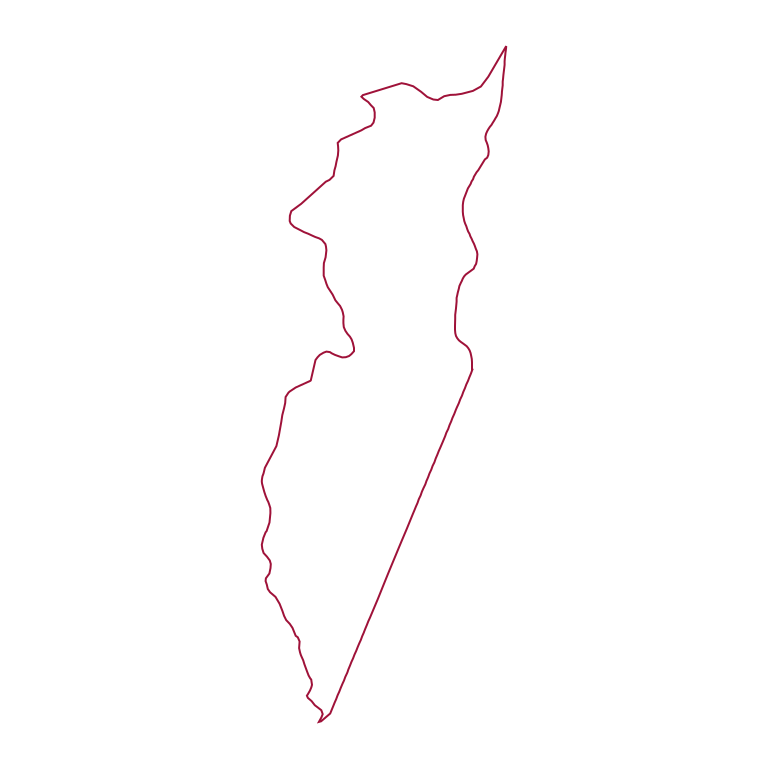 Bayanga, Sangha-Mbaéré, Central African Republic
{"feature_id": "33826404B5322507148284", "entity_name": "Bayanga", "entity_type": "district", "adm_level": 2, "iso_a3": "CAF", "parent_name": "Central African Republic", "parent_adm1": "Sangha-Mbaéré", "projection": "robinson", "projection_center": [16.329, 2.823], "detail": "fine", "context": "isolated", "style": "outline", "palette": "rose", "viewbox_px": 768, "rotation_deg": 0, "n_neighbors": 0, "source": "geoboundaries", "source_scale": "gbopen_adm2", "svg_char_len": 4736}
<svg xmlns="http://www.w3.org/2000/svg" viewBox="0 0 768 768"><path d="M264.9,467.8L264.0,471.5L263.5,473.5L262.9,475.1L262.5,476.1L262.3,477.1L261.9,479.7L261.8,481.3L261.9,482.5L262.1,483.8L263.2,487.9L263.8,490.1L264.4,492.2L265.7,496.1L267.0,499.3L267.4,500.3L268.1,501.5L269.1,504.2L270.3,508.0L270.4,511.9L270.4,513.2L269.5,522.5L266.6,531.1L265.6,532.3L263.4,537.8L261.8,544.7L262.3,548.8L263.6,553.0L267.0,556.7L269.8,560.5L270.8,564.0L270.5,568.1L269.4,573.5L265.9,578.3L265.6,581.1L266.8,584.6L267.8,589.0L270.1,592.3L275.5,596.9L279.6,603.8L282.4,610.9L284.1,615.9L284.6,616.9L286.2,620.1L289.8,623.9L292.5,627.9L293.8,631.1L295.7,635.8L297.8,637.3L299.6,641.5L299.1,648.1L300.0,652.3L300.7,654.6L301.3,656.1L303.2,660.3L304.4,664.2L307.1,671.6L308.6,675.5L310.3,678.5L311.2,679.5L312.0,684.8L311.8,685.6L311.7,686.0L311.3,687.4L310.0,690.5L308.0,694.0L306.9,695.7L307.9,697.9L311.6,701.1L314.8,705.2L321.3,710.2L322.7,714.1L321.4,717.4L318.9,721.9L320.7,721.4L321.1,721.3L330.2,713.5L333.6,705.2L334.6,702.7L336.2,699.1L337.6,695.3L339.3,691.6L340.7,688.0L342.3,684.2L342.6,683.5L343.4,681.8L344.0,680.5L345.3,676.9L347.1,673.1L347.8,671.3L347.9,670.8L348.4,669.4L350.0,665.6L351.4,662.0L353.1,658.3L354.5,654.6L356.2,650.9L357.6,647.3L359.2,643.5L360.9,639.8L362.2,636.2L363.9,632.4L364.0,632.0L365.3,628.7L366.9,624.9L368.3,621.3L370.0,617.6L371.3,614.5L377.8,599.1L383.8,584.2L388.3,573.1L394.4,558.4L395.9,554.8L399.0,547.3L402.1,539.9L406.8,528.8L412.8,514.1L414.4,510.3L415.9,506.6L417.5,503.0L418.8,499.2L420.6,495.5L421.9,491.7L423.5,488.1L425.3,484.4L426.6,480.6L427.1,479.6L428.2,477.0L429.5,473.4L431.3,469.6L432.6,465.9L434.4,462.3L435.7,458.5L437.3,454.8L438.7,451.2L440.4,447.4L442.8,441.8L445.1,436.3L446.4,432.6L448.2,429.0L449.5,425.2L451.0,421.8L451.1,421.6L452.5,417.8L454.2,414.1L455.6,410.5L455.6,410.4L456.5,408.3L457.2,406.7L457.4,406.3L458.9,403.0L460.2,399.4L462.0,395.6L463.3,391.9L464.9,388.3L466.3,384.5L468.0,380.9L469.4,377.2L470.3,375.1L471.0,373.4L472.3,369.8L472.0,369.8L472.0,366.1L472.0,362.3L471.8,359.0L471.2,355.9L470.6,353.1L469.7,350.6L468.3,348.2L466.7,346.2L464.7,344.7L462.8,343.3L460.8,341.9L458.9,340.3L457.3,338.3L456.0,336.0L455.3,333.2L455.0,329.8L455.0,326.0L455.2,318.5L455.2,314.9L455.6,311.6L456.0,308.3L456.3,304.9L456.6,301.6L456.6,297.9L457.3,294.9L457.8,292.5L458.8,288.8L459.4,286.0L461.0,282.5L461.7,281.2L462.8,278.6L464.1,276.4L465.8,274.5L473.7,268.7L474.7,266.2L476.1,263.9L476.7,261.0L477.1,257.7L477.4,254.3L476.9,251.3L475.8,248.7L474.9,246.1L473.9,243.6L472.7,241.3L471.6,238.7L470.4,236.4L469.5,233.8L468.2,231.6L467.2,229.0L466.3,226.2L465.2,223.7L464.3,221.1L463.7,218.0L463.1,215.1L462.8,211.8L462.8,208.0L462.8,205.1L463.2,201.8L463.9,198.7L464.9,196.2L465.9,193.6L466.9,191.0L467.9,188.4L469.2,186.3L470.6,184.0L471.6,181.4L473.0,179.3L473.9,176.8L473.9,176.7L475.3,174.4L476.6,172.2L478.2,170.3L479.5,168.2L480.9,165.9L482.2,163.8L483.6,161.5L484.9,159.4L486.9,157.9L487.2,157.6L488.3,155.0L488.7,151.5L488.3,148.2L487.7,145.3L486.8,142.7L486.3,141.5L485.7,140.1L485.4,136.8L486.1,133.7L487.2,131.2L488.5,128.9L489.9,126.8L491.5,124.9L492.6,123.0L492.8,122.7L494.2,120.5L495.5,118.2L496.8,116.1L497.9,113.5L498.8,111.0L499.5,107.9L500.2,105.0L500.9,102.0L501.3,98.7L501.7,95.3L501.9,92.8L501.9,92.0L502.3,88.6L502.7,85.3L502.7,81.6L503.1,78.3L503.4,75.0L503.8,71.6L504.2,68.3L504.6,64.9L504.6,61.3L504.9,57.9L505.3,54.6L505.5,52.4L505.7,51.3L506.1,47.9L506.2,46.1L488.3,76.7L480.9,86.5L472.9,90.9L461.8,93.8L455.7,94.7L450.4,94.9L444.2,96.2L437.9,100.0L433.3,99.5L427.2,96.9L421.1,91.8L413.3,86.3L406.3,84.1L401.6,83.2L362.9,95.1L361.4,96.7L363.7,98.9L368.2,102.0L371.0,105.3L373.7,108.0L374.7,112.4L374.7,117.7L373.5,122.6L371.1,125.7L365.1,128.1L361.4,130.3L341.1,139.4L337.7,142.9L338.1,146.5L338.3,150.4L337.9,155.5L336.4,162.0L335.6,166.2L334.4,170.4L333.6,175.9L329.5,179.9L325.8,181.7L301.2,203.8L291.3,211.1L289.9,215.7L289.7,221.0L290.7,223.5L294.2,227.0L297.3,228.6L301.2,230.6L304.0,232.1L308.1,233.7L312.4,235.7L315.3,237.0L319.0,238.3L321.9,239.9L325.4,244.1L326.0,246.7L326.4,250.3L325.6,257.3L323.9,263.1L323.7,267.5L323.7,275.7L325.2,279.9L326.4,283.7L327.8,287.2L332.7,294.7L335.4,300.3L337.9,303.4L340.1,306.0L342.0,309.8L342.8,312.4L343.6,316.4L343.4,319.7L343.4,323.1L343.8,327.1L345.4,330.8L347.5,333.9L349.9,336.6L351.6,339.4L352.8,342.8L354.0,347.9L354.0,351.2L351.4,354.1L349.1,356.0L345.8,357.2L342.2,357.4L338.9,356.3L335.0,354.9L331.9,353.4L329.9,352.1L326.4,351.6L323.5,352.7L319.8,354.9L317.6,357.2L315.5,360.0L310.8,380.4L310.4,380.8L295.7,387.5L289.7,391.5L288.5,392.6L285.6,397.0L285.2,403.0L284.0,408.5L282.3,415.1L281.3,421.8L278.9,435.3L276.4,446.1L264.9,467.8Z" fill="none" stroke="#9f1239" stroke-width="2"/></svg>